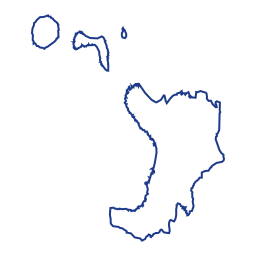 Kota Manado, Sulawesi Utara, Indonesia
{"feature_id": "22746128B83673204362612", "entity_name": "Kota Manado", "entity_type": "district", "adm_level": 2, "iso_a3": "IDN", "parent_name": "Indonesia", "parent_adm1": "Sulawesi Utara", "projection": "equal_earth", "projection_center": [124.782, 1.539], "detail": "fine", "context": "isolated", "style": "outline", "palette": "blue", "viewbox_px": 256, "rotation_deg": 0, "n_neighbors": 0, "source": "geoboundaries", "source_scale": "gbopen_adm2", "svg_char_len": 5765}
<svg xmlns="http://www.w3.org/2000/svg" viewBox="0 0 256 256"><path d="M192.0,210.9L193.6,206.1L192.7,201.9L193.2,198.6L192.2,197.3L192.4,195.7L192.1,194.0L192.4,192.3L191.2,190.6L191.5,188.2L192.4,188.0L193.2,185.6L193.8,185.3L193.9,184.0L195.5,181.8L198.6,179.3L199.5,177.7L201.8,177.6L201.8,172.5L205.1,171.0L208.5,170.7L210.6,167.5L211.4,167.3L211.4,166.7L212.0,165.9L216.6,162.9L222.1,161.8L223.6,160.5L224.0,158.9L223.4,156.6L223.5,154.7L221.4,153.1L219.5,150.2L215.7,139.3L216.0,136.8L217.0,136.0L216.6,134.0L217.6,133.6L219.2,130.1L219.6,113.0L220.2,112.5L220.1,111.5L219.7,110.9L219.9,102.5L216.8,101.3L215.8,101.9L215.5,103.8L216.2,104.4L216.7,107.1L215.6,107.1L212.5,104.0L210.9,100.7L208.6,100.9L206.8,98.7L207.0,96.7L206.5,93.5L206.0,92.8L200.4,91.0L197.8,92.2L196.2,92.0L195.6,97.7L192.6,97.5L190.7,96.2L190.5,97.6L189.9,97.5L189.1,96.5L189.5,94.8L188.4,92.2L186.6,93.1L185.3,94.7L185.0,94.2L185.1,92.5L184.8,93.5L183.2,93.2L180.9,95.1L182.0,92.9L181.7,91.1L179.7,92.8L177.3,93.3L176.8,94.7L175.2,94.7L173.1,95.6L170.6,98.1L166.8,103.2L165.7,101.0L164.6,95.7L163.8,95.4L161.0,99.8L156.7,102.3L155.6,102.2L151.6,99.8L147.7,95.7L145.1,92.9L139.4,84.6L138.6,86.2L138.1,83.8L136.6,84.0L136.8,85.0L137.3,85.2L136.9,85.6L136.3,84.0L135.6,84.0L135.0,84.6L135.3,84.7L135.0,85.6L133.9,85.4L133.1,86.1L133.4,87.3L131.9,86.9L131.5,86.3L131.6,87.7L130.9,88.4L131.2,88.7L130.1,89.6L130.0,88.7L129.5,88.7L129.1,86.8L128.8,87.0L128.8,88.5L126.8,90.2L126.8,91.1L127.4,90.9L127.2,91.7L128.3,92.3L128.1,92.8L127.0,92.1L126.2,94.2L126.5,94.3L125.5,95.4L126.3,97.3L125.6,97.0L125.0,98.9L126.1,101.1L124.7,102.8L126.0,104.2L126.6,104.2L126.2,105.5L126.8,107.4L127.9,108.3L128.2,109.5L127.9,110.1L129.5,112.0L129.5,112.9L130.6,113.1L132.2,115.4L132.7,115.2L132.3,116.2L132.6,117.0L134.2,116.8L134.1,118.1L134.8,119.0L135.0,120.3L135.8,120.1L136.3,121.3L136.9,121.1L137.9,122.7L138.8,123.3L138.6,124.4L140.4,128.5L141.4,128.3L142.8,130.0L144.2,130.1L145.2,131.8L146.9,131.6L147.7,133.2L146.9,133.8L147.4,133.5L147.6,134.2L148.0,134.2L148.1,135.0L149.3,136.0L150.0,137.5L150.3,137.0L150.4,138.4L151.4,138.6L150.9,139.2L151.6,139.3L151.6,138.8L152.1,138.8L152.3,139.6L152.8,139.3L153.2,139.7L154.9,143.4L152.8,144.0L153.7,143.9L153.9,145.4L154.6,145.2L154.4,143.8L155.2,143.6L155.2,144.2L154.7,144.2L155.4,144.9L156.4,148.5L156.5,152.9L154.8,163.0L153.5,168.3L153.2,168.8L152.4,168.3L151.7,168.8L153.0,168.9L153.2,169.5L152.6,171.0L151.8,170.8L153.4,171.5L154.0,171.3L154.1,172.4L152.9,172.3L152.6,173.4L152.4,173.2L152.6,172.2L151.7,171.7L152.1,172.1L152.0,172.9L151.7,173.6L151.3,173.5L150.0,178.1L149.4,177.8L149.8,178.6L149.1,181.2L148.9,180.5L147.5,183.1L147.2,182.4L147.4,181.7L146.9,182.8L145.9,182.4L145.2,183.0L145.3,183.8L146.7,185.1L147.1,186.3L147.8,189.5L147.1,192.4L147.9,193.9L147.0,194.3L145.5,196.0L145.2,198.7L145.6,198.3L146.0,199.1L145.6,200.1L145.2,199.8L145.3,201.0L144.2,201.0L142.6,203.4L142.5,204.3L143.2,205.2L142.7,206.1L142.1,205.3L142.3,204.8L140.3,206.5L138.8,206.3L137.9,207.0L138.6,208.2L136.8,208.6L135.3,210.4L135.1,210.1L134.3,211.0L133.3,210.5L131.3,211.1L130.8,209.9L128.3,209.7L128.2,210.3L126.4,208.8L122.1,209.2L120.2,208.8L119.4,209.1L119.1,208.7L117.3,209.3L116.0,208.6L114.8,208.7L113.6,207.7L110.4,208.0L109.9,214.7L110.6,218.8L110.8,223.6L113.0,226.2L118.6,226.9L119.8,227.8L122.4,228.4L126.7,231.3L126.6,232.6L131.0,233.4L134.7,237.4L140.3,238.5L142.0,240.6L145.1,239.0L146.5,236.4L147.7,235.9L148.7,234.5L150.1,235.0L150.5,236.8L151.1,237.1L151.9,235.9L152.7,235.7L153.2,234.3L155.9,233.0L158.1,233.0L159.6,231.9L160.0,230.5L161.1,229.6L162.1,230.0L163.0,231.5L164.3,232.5L169.1,233.1L169.7,230.7L169.0,225.2L169.1,222.8L169.8,220.7L170.7,220.0L174.1,221.4L175.5,218.8L176.2,215.0L176.2,209.0L176.7,206.9L176.5,205.3L177.0,205.1L177.7,203.4L180.0,204.1L181.0,206.1L182.8,206.6L182.4,208.4L183.6,208.8L184.0,207.3L185.7,207.2L184.6,210.3L186.4,211.0L186.0,212.7L187.0,213.3L187.3,215.4L188.3,215.1L189.5,213.4L189.9,211.3L192.0,210.9ZM48.4,16.4L48.0,15.4L43.9,16.9L40.0,17.2L36.9,19.9L35.3,22.2L34.2,22.8L33.9,25.3L32.5,28.4L32.0,33.1L32.9,35.0L32.7,40.2L33.5,41.0L33.6,43.7L34.6,43.0L35.9,44.2L36.8,46.0L38.4,46.1L40.0,47.5L43.1,47.9L44.4,48.8L45.6,47.5L47.6,46.7L54.3,41.8L55.8,40.2L56.7,38.4L57.4,38.4L57.9,37.2L58.5,37.1L58.2,30.6L58.7,30.2L58.7,29.0L58.1,26.0L58.4,25.1L58.0,24.9L57.9,23.8L57.2,22.7L57.5,24.0L57.1,22.7L54.0,20.3L53.0,18.8L50.9,17.7L50.6,16.7L48.4,16.4ZM79.9,31.5L79.7,32.2L78.0,32.5L76.9,34.0L76.3,33.6L76.1,34.3L75.8,34.2L75.8,35.4L75.4,35.4L75.1,36.9L74.4,37.6L74.6,38.7L73.8,39.6L74.4,40.9L74.0,40.9L74.1,42.3L73.7,42.3L74.0,42.5L73.4,43.8L73.9,45.8L74.3,46.2L73.6,47.1L73.9,48.1L75.3,49.2L75.8,48.7L74.9,48.4L75.2,48.0L75.8,48.6L76.0,49.2L76.0,48.8L76.2,49.2L77.1,49.0L77.1,48.8L76.5,49.0L75.9,48.6L77.8,48.5L80.2,47.2L81.2,46.4L80.9,45.7L81.4,46.3L81.8,45.7L82.3,46.0L81.8,45.3L82.0,45.1L82.4,45.2L82.6,46.3L82.4,45.2L84.2,46.7L84.9,46.1L86.2,46.5L86.8,45.6L87.9,44.9L88.5,45.2L88.7,44.6L88.9,45.1L90.7,45.2L91.6,45.2L92.1,44.6L92.3,45.0L94.7,44.8L96.8,46.8L99.3,52.0L99.3,54.5L100.3,58.5L99.9,59.8L100.7,61.8L100.4,62.0L101.0,62.2L100.8,62.8L101.8,64.2L101.3,64.7L102.9,66.6L102.4,65.3L105.3,69.3L106.9,70.6L108.2,70.7L108.3,65.0L108.0,64.4L108.2,63.4L107.6,60.3L107.9,59.4L107.6,59.3L107.6,58.4L108.0,57.9L107.5,57.5L107.7,56.8L107.4,56.6L108.4,55.4L107.8,54.5L108.5,52.7L108.1,52.4L107.6,49.1L106.7,47.7L106.7,45.9L104.9,41.5L105.2,41.2L104.8,41.1L104.8,40.2L103.5,37.5L101.7,36.4L97.6,38.4L90.2,38.0L85.6,35.9L83.9,34.2L82.8,34.0L82.9,33.4L81.3,31.9L80.9,32.3L81.1,33.0L80.5,32.9L80.0,32.2L80.8,31.8L79.9,31.5ZM123.0,28.0L122.4,28.9L123.0,31.2L121.9,33.0L121.8,35.1L122.4,37.4L125.0,38.1L126.2,36.5L126.2,33.8L124.5,29.9L123.5,29.2L123.0,28.0Z" fill="none" stroke="#1e3a8a" stroke-width="2"/></svg>